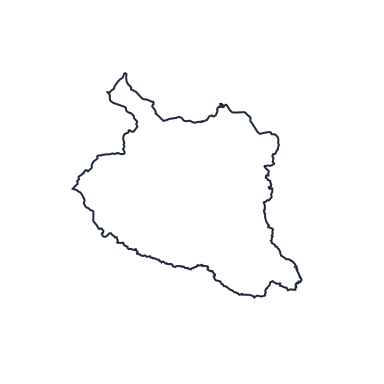 outline of Ribaue, Nampula, Mozambique, rotated 240°
{"feature_id": "85939544B68369930448432", "entity_name": "Ribaue", "entity_type": "district", "adm_level": 2, "iso_a3": "MOZ", "parent_name": "Mozambique", "parent_adm1": "Nampula", "projection": "mercator", "projection_center": [38.027, -15.017], "detail": "fine", "context": "isolated", "style": "outline", "palette": "slate", "viewbox_px": 384, "rotation_deg": 240, "n_neighbors": 0, "source": "geoboundaries", "source_scale": "gbopen_adm2", "svg_char_len": 6028}
<svg xmlns="http://www.w3.org/2000/svg" viewBox="0 0 384 384"><g transform="rotate(240 192 192)"><path d="M129.0,241.5L133.7,242.7L136.9,244.6L137.4,244.1L139.7,244.9L140.3,245.4L140.1,245.9L140.4,246.2L144.0,248.4L146.9,248.8L147.3,249.3L146.7,250.6L147.3,253.2L146.3,254.3L147.6,258.1L148.6,258.8L150.4,259.3L151.7,261.2L153.5,262.6L155.1,263.2L155.5,262.7L155.6,261.1L156.3,260.7L157.4,260.6L157.9,261.3L157.4,263.0L159.0,264.5L160.1,264.3L161.9,265.1L162.9,265.1L164.4,263.7L165.6,263.9L167.5,263.0L167.8,263.1L169.2,264.5L169.1,265.0L168.1,265.9L168.1,266.5L169.9,267.1L171.3,268.8L172.3,268.9L175.3,267.8L177.9,267.5L178.2,268.1L177.7,268.6L177.1,270.9L175.6,272.6L175.2,275.1L175.4,277.2L176.3,277.4L177.7,276.9L180.3,279.2L181.5,279.6L182.6,279.4L184.2,280.7L184.2,281.3L183.4,282.4L183.6,283.5L185.5,286.2L185.9,287.5L187.2,288.4L189.4,290.8L191.9,291.3L192.6,292.1L195.1,293.4L196.6,293.7L198.2,293.4L200.3,292.7L202.3,289.8L203.0,289.7L203.8,290.1L205.0,289.5L206.8,285.2L208.3,280.2L208.9,279.6L211.7,278.7L221.5,278.4L223.9,278.0L224.9,278.3L226.1,279.4L228.1,279.8L231.1,278.4L233.4,278.1L235.0,277.2L239.1,269.3L240.9,266.6L244.1,265.7L249.7,265.5L250.5,265.2L250.7,264.7L250.5,263.2L249.8,261.9L250.4,260.6L251.4,260.2L252.3,262.1L253.8,261.5L254.1,260.4L252.7,259.9L251.7,258.9L251.8,258.2L252.4,257.7L251.8,256.7L251.8,256.0L250.9,255.0L249.2,254.4L246.8,251.3L246.4,249.0L246.8,248.2L248.3,247.7L248.8,245.4L248.6,244.2L247.0,241.2L247.5,237.1L248.4,236.0L248.4,235.5L247.9,235.1L249.7,232.5L250.3,229.5L251.8,227.8L254.9,225.6L255.7,223.2L257.2,221.2L258.2,220.5L261.2,220.2L263.1,218.8L263.8,217.5L264.1,215.2L266.5,209.3L267.2,204.9L268.1,202.7L274.4,201.1L278.2,199.8L278.3,200.2L279.1,200.5L281.7,200.9L286.1,200.3L286.8,201.1L287.4,202.9L289.5,203.5L289.9,202.6L294.4,199.4L296.2,197.0L297.8,195.6L306.6,193.6L310.7,191.0L311.1,190.5L312.8,191.4L314.1,191.6L316.8,190.5L320.2,190.6L324.4,192.3L326.7,194.2L328.3,193.6L328.4,192.7L327.5,191.3L325.8,189.5L325.5,188.3L325.6,186.4L324.7,183.1L322.2,177.8L320.3,175.8L320.3,173.3L319.5,171.0L319.8,169.9L320.6,168.7L320.4,168.7L317.2,169.4L314.2,167.6L311.8,166.9L308.7,168.3L299.1,176.5L297.9,176.8L296.2,176.0L294.6,175.8L292.2,177.0L291.3,178.3L287.3,179.6L285.2,178.9L283.5,178.9L280.5,179.8L278.6,177.6L275.9,177.3L273.5,171.8L273.8,170.6L277.0,168.4L276.8,167.7L275.7,167.3L275.4,166.7L275.8,163.1L275.4,161.6L274.6,160.6L272.7,159.1L270.1,158.2L268.6,158.2L267.4,156.5L265.2,156.3L263.5,153.6L261.3,153.8L260.1,153.5L259.2,152.7L259.1,151.7L260.0,150.4L260.0,149.7L263.0,147.1L263.5,144.3L265.1,142.4L266.3,138.4L267.7,136.4L268.3,133.9L269.0,133.4L269.2,131.1L270.3,129.8L270.4,128.0L270.2,127.6L268.6,127.2L268.2,126.6L267.7,122.6L267.0,120.6L265.0,118.2L263.5,117.6L262.7,116.5L262.5,114.4L261.9,112.4L262.2,112.0L263.6,111.7L264.1,110.8L263.0,107.9L262.4,107.5L262.7,106.5L262.3,105.6L261.9,101.7L261.4,101.0L259.5,100.5L259.2,98.7L258.7,97.8L257.3,97.7L256.2,96.8L255.5,93.4L254.4,90.3L251.3,93.1L249.8,93.6L247.4,95.1L244.5,95.4L239.1,95.1L238.3,94.8L236.5,92.7L232.6,92.5L231.3,92.9L230.0,94.1L227.1,95.0L225.0,96.8L223.7,96.5L216.3,92.0L210.5,92.9L209.0,92.8L208.3,93.1L206.9,92.8L206.1,93.6L206.2,94.6L205.9,95.1L204.9,95.6L203.8,95.5L203.0,96.0L202.5,95.8L201.2,94.5L201.4,93.6L201.1,93.0L198.8,92.7L197.1,93.5L196.5,94.7L196.6,97.5L197.4,98.8L197.5,99.6L196.8,101.2L194.8,101.4L192.5,102.5L191.0,102.6L190.8,103.9L190.4,104.2L189.5,103.8L187.2,103.6L185.8,102.0L185.2,102.0L184.8,103.2L183.7,104.4L182.7,106.9L182.1,107.1L180.4,106.5L178.0,107.8L177.0,108.8L176.0,108.2L174.2,108.6L173.2,110.8L172.1,111.5L170.4,113.3L170.8,114.0L170.7,114.8L168.9,114.5L167.1,115.0L166.4,113.6L165.7,113.6L163.9,115.7L163.2,115.7L161.2,117.3L160.7,119.5L158.4,120.5L157.2,123.6L155.8,123.5L154.9,124.8L154.0,125.0L153.8,125.9L153.0,126.7L151.5,127.5L150.0,129.4L149.1,129.6L148.6,129.3L147.1,130.4L146.2,130.4L146.4,131.4L146.2,132.2L143.0,133.6L143.1,134.3L141.8,134.9L141.0,135.8L140.3,137.8L139.1,138.5L137.3,138.4L136.1,139.1L135.5,139.9L135.6,141.2L134.3,143.9L133.6,144.9L132.7,145.3L132.7,146.0L131.7,146.7L131.6,147.5L129.5,148.1L128.3,150.4L127.6,150.3L125.6,152.2L126.0,152.6L126.0,153.4L125.9,154.5L125.4,155.0L125.7,156.9L125.2,157.5L125.0,158.4L125.2,159.5L125.7,159.6L125.8,160.3L124.5,161.9L124.2,163.7L123.5,163.6L123.4,164.3L122.6,164.3L122.6,164.8L120.0,167.8L120.1,168.0L119.4,168.4L118.3,168.1L117.6,166.9L116.4,166.9L115.9,167.1L115.8,167.6L114.2,168.4L113.7,169.9L113.1,170.2L112.7,169.8L111.6,170.2L110.1,170.1L109.7,170.6L109.1,170.7L108.1,170.0L108.1,168.6L105.4,168.2L103.7,168.4L100.7,171.5L99.9,171.8L97.9,171.5L96.3,172.6L94.5,172.5L93.1,174.4L88.7,176.0L86.3,177.8L84.2,178.5L82.8,180.1L81.7,180.5L81.2,181.2L79.9,181.3L79.2,181.8L78.8,184.2L78.1,184.0L74.0,190.6L71.0,193.1L69.5,193.1L69.8,194.6L69.6,196.8L67.0,199.5L65.8,203.0L66.0,203.8L67.1,204.2L68.0,205.6L69.0,205.6L69.8,206.1L70.4,206.6L70.6,207.6L71.3,208.0L71.2,209.2L71.8,210.0L72.4,212.4L74.9,215.0L74.6,215.4L74.5,217.3L73.4,217.5L71.8,218.6L70.3,219.2L68.7,222.6L66.8,221.3L65.8,222.5L63.0,224.5L62.0,226.0L59.0,225.9L58.7,226.5L58.8,227.6L57.9,229.4L55.6,232.6L57.0,233.6L57.4,234.8L58.0,235.0L58.2,234.7L58.8,235.3L59.8,235.2L60.5,236.2L60.3,237.2L60.8,237.1L60.9,237.4L59.9,238.4L60.7,239.1L60.6,239.6L60.8,239.7L60.3,240.0L60.4,240.5L60.0,240.5L59.9,241.0L60.5,241.5L61.0,242.9L62.0,243.3L62.7,243.0L63.2,243.2L64.3,242.7L64.8,243.4L65.9,243.2L66.7,243.5L67.2,243.3L68.9,243.7L69.9,243.5L71.8,243.8L72.1,244.5L72.8,244.6L73.4,243.9L75.1,245.4L75.7,245.0L75.9,244.1L76.4,244.8L77.6,245.2L81.9,244.3L82.8,243.3L83.6,243.3L85.1,242.4L87.0,239.7L88.2,239.5L92.4,237.4L95.5,238.0L96.1,238.5L99.2,238.6L100.2,238.1L102.0,238.2L102.5,237.5L103.6,237.0L104.6,237.4L105.9,236.6L107.2,236.3L107.9,235.6L108.9,236.0L110.3,235.9L110.6,237.0L112.8,238.5L113.1,239.6L114.5,239.4L114.9,240.2L116.2,241.4L117.4,241.6L118.9,243.4L120.1,243.3L120.8,242.4L122.2,241.7L123.6,240.3L124.7,241.9L125.5,241.6L129.0,241.5Z" fill="none" stroke="#1e293b" stroke-width="2"/></g></svg>